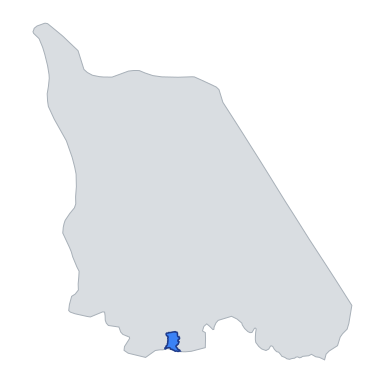 location of Banyas, Tartus, Syria, rotated 271°
{"feature_id": "27442178B62310236233952", "entity_name": "Banyas", "entity_type": "district", "adm_level": 2, "iso_a3": "SYR", "parent_name": "Syria", "parent_adm1": "Tartus", "projection": "albers", "projection_center": [36.094, 35.15], "detail": "fine", "context": "in_parent", "style": "filled", "palette": "blue", "viewbox_px": 384, "rotation_deg": 271, "n_neighbors": 0, "source": "geoboundaries", "source_scale": "gbopen_adm2", "svg_char_len": 4630}
<svg xmlns="http://www.w3.org/2000/svg" viewBox="0 0 384 384"><g transform="rotate(271 192 192)"><path d="M32.5,126.8L36.3,127.2L44.5,132.2L45.8,132.0L48.3,125.5L50.7,123.2L55.7,121.3L57.1,110.7L59.4,108.6L62.3,107.5L66.6,107.3L70.4,106.7L70.6,104.8L65.3,92.6L65.7,89.5L68.2,77.2L69.8,72.4L71.3,70.8L77.3,71.4L85.6,73.5L87.9,77.0L92.0,80.1L98.1,79.8L105.2,80.3L110.8,80.5L115.1,78.2L125.0,73.9L130.0,72.4L134.4,70.5L148.7,63.5L154.5,63.9L158.4,64.7L161.5,65.7L168.4,70.2L174.1,74.7L178.1,76.0L185.1,75.7L195.4,76.3L207.9,75.8L215.2,74.2L224.5,71.6L241.0,65.5L262.4,53.0L275.0,46.9L280.5,46.0L287.7,45.5L295.0,46.6L303.2,47.3L307.0,47.0L315.8,45.4L327.1,42.4L334.2,40.1L342.7,36.4L347.8,30.9L349.5,30.2L351.8,31.1L352.9,31.3L355.3,34.2L358.1,41.6L358.2,42.5L357.8,44.7L352.6,51.3L345.4,60.3L340.1,66.0L331.3,75.6L324.4,77.9L312.7,81.8L309.7,85.2L307.0,90.4L305.7,97.5L305.4,101.9L305.5,110.1L308.7,118.4L311.8,126.4L312.5,131.8L312.5,137.1L310.2,142.9L307.7,150.8L306.6,159.7L306.5,176.1L307.2,190.1L307.1,192.4L302.7,202.6L297.4,214.4L294.8,217.2L282.2,221.3L268.6,230.4L253.4,240.5L239.5,249.6L224.9,259.2L209.6,269.1L198.7,276.1L184.1,285.5L170.7,294.4L157.1,303.3L146.7,310.1L130.9,320.8L121.6,327.1L107.9,336.3L95.8,344.3L81.4,353.8L63.3,351.1L57.6,349.5L52.9,345.0L49.5,342.7L40.9,340.2L35.4,331.9L32.2,328.9L26.5,327.5L28.9,322.2L29.4,318.6L31.8,314.3L30.3,311.5L29.6,305.5L28.5,304.0L28.1,302.4L29.0,300.5L28.6,298.5L27.7,297.7L27.2,294.7L26.4,292.5L26.9,289.7L28.1,288.0L29.4,284.6L30.9,283.6L33.3,281.5L33.9,279.3L36.1,277.1L39.0,275.4L39.6,273.9L39.2,273.1L36.3,271.5L34.8,268.7L36.2,264.6L37.1,263.4L38.8,261.4L42.7,258.4L45.7,257.9L48.3,257.9L52.7,258.1L56.1,258.6L57.0,257.9L56.9,256.9L52.6,254.4L52.4,252.5L53.4,250.3L56.4,247.0L60.0,244.6L61.8,244.1L65.8,239.2L68.4,233.7L64.1,220.4L61.6,218.3L57.5,216.5L55.0,216.2L54.8,215.3L58.1,211.9L60.4,209.0L57.8,206.2L53.3,204.9L51.6,207.8L45.7,208.1L36.6,208.0L32.7,194.0L32.1,187.9L32.2,180.8L35.0,170.5L33.7,165.7L33.6,162.5L32.9,158.1L25.8,148.5L29.7,131.0L32.5,126.8Z" fill="#d9dde1" stroke="#a8b0b8" stroke-width="1"/><path d="M49.6,168.6L49.2,168.6L48.6,168.8L48.4,168.9L48.2,169.0L47.9,169.5L47.5,169.8L47.3,169.9L47.3,170.0L47.2,170.2L47.2,170.4L46.9,170.4L46.8,170.5L46.6,170.6L46.4,170.7L46.2,170.7L45.8,170.4L45.5,170.4L45.4,170.3L45.2,170.3L44.8,170.4L44.7,170.4L44.5,170.5L44.3,170.5L44.2,170.5L43.8,170.6L43.6,170.6L43.4,170.5L43.1,170.5L42.9,170.5L42.7,170.4L42.6,170.5L42.4,170.4L42.3,170.5L42.2,170.5L41.9,170.5L41.7,170.4L41.3,170.4L41.2,170.4L40.9,170.3L40.7,170.4L40.4,170.4L40.2,170.3L40.2,170.2L39.9,170.0L39.7,170.0L39.4,170.0L39.1,170.0L38.9,170.1L38.7,170.0L38.3,169.7L38.0,169.3L37.7,169.0L37.6,168.8L37.4,168.7L37.2,168.7L37.1,168.8L37.0,169.0L36.8,169.2L36.7,169.2L36.5,168.9L36.5,168.5L36.4,168.4L36.2,168.3L35.8,168.3L35.7,168.3L35.5,168.2L35.5,167.7L35.4,167.7L35.2,167.6L34.7,167.7L34.6,167.9L34.6,168.0L35.3,169.2L35.6,169.9L35.9,171.0L36.0,172.0L35.9,172.4L35.7,172.8L34.4,173.6L34.3,174.0L34.4,174.5L34.3,174.9L33.8,175.6L33.6,176.3L33.3,177.0L33.0,177.1L32.9,177.5L32.6,177.8L32.6,178.2L32.5,178.4L32.8,179.2L32.6,180.0L32.3,180.6L32.3,180.9L32.6,181.5L32.8,182.9L33.0,182.7L33.6,182.5L33.8,182.2L33.9,181.9L34.0,181.8L34.3,181.2L34.4,180.7L34.5,180.5L34.6,180.4L34.8,180.3L35.1,180.3L35.4,180.3L35.6,180.2L35.7,179.9L35.8,179.7L36.1,179.4L36.5,179.1L36.8,178.9L37.1,178.7L37.4,178.6L37.6,178.6L37.8,178.7L38.0,178.8L38.1,179.0L38.3,179.5L38.5,179.5L38.8,179.6L39.0,179.7L39.1,179.8L39.1,180.0L39.3,180.1L39.4,180.3L39.4,180.5L39.5,180.6L39.7,180.9L39.9,180.9L40.1,181.0L40.4,181.1L40.5,181.1L40.9,181.3L41.1,181.3L41.3,181.4L41.7,181.6L41.9,181.7L42.0,181.7L42.3,181.3L42.3,181.2L42.2,181.0L42.3,180.8L42.4,180.7L42.5,180.6L42.9,180.4L43.1,180.5L43.5,180.7L43.7,180.8L43.9,180.8L44.1,180.8L44.3,181.1L44.4,181.3L44.4,181.5L44.5,181.6L44.9,181.9L45.0,182.0L45.3,182.1L45.6,182.1L45.8,182.1L46.0,181.8L46.4,181.9L46.6,181.9L46.7,181.7L46.8,181.6L47.0,181.5L46.9,181.4L46.9,181.1L46.9,180.9L47.0,180.7L47.2,180.4L47.5,180.2L48.0,180.0L48.4,180.0L49.0,180.0L49.7,179.9L50.7,179.9L50.8,179.7L51.0,179.6L51.3,179.4L51.5,179.4L51.6,179.2L51.6,178.6L51.6,178.3L51.7,178.1L51.9,177.9L52.0,177.7L51.8,177.5L51.8,177.3L51.8,177.0L51.9,176.8L52.0,176.6L51.9,176.4L51.8,176.2L51.7,175.8L51.7,175.7L51.7,175.2L51.5,174.8L51.5,174.7L51.4,174.3L51.4,174.0L51.3,173.9L51.2,173.5L51.2,173.2L51.1,172.8L51.1,172.5L51.0,172.2L51.1,171.8L51.1,171.6L51.0,171.4L51.1,171.2L50.8,170.8L50.7,170.8L50.7,170.7L50.6,170.4L50.5,170.1L50.5,169.5L50.5,169.2L50.4,169.0L50.1,168.8L49.8,168.6L49.6,168.6Z" fill="#3b82f6" stroke="#1e3a8a" stroke-width="1.5"/></g></svg>